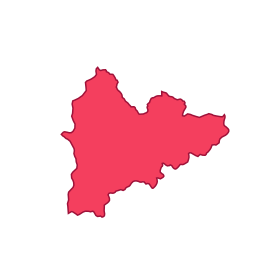 Nabawan / Persiangan, Sabah, Malaysia, rotated 333°
{"feature_id": "92858781B57526539682129", "entity_name": "Nabawan / Persiangan", "entity_type": "district", "adm_level": 2, "iso_a3": "MYS", "parent_name": "Malaysia", "parent_adm1": "Sabah", "projection": "orthographic", "projection_center": [116.509, 4.704], "detail": "fine", "context": "isolated", "style": "filled", "palette": "rose", "viewbox_px": 256, "rotation_deg": 333, "n_neighbors": 0, "source": "geoboundaries", "source_scale": "gbopen_adm2", "svg_char_len": 4008}
<svg xmlns="http://www.w3.org/2000/svg" viewBox="0 0 256 256"><g transform="rotate(333 128 128)"><path d="M36.1,177.0L39.6,176.8L40.4,177.3L41.0,178.1L42.7,181.1L43.4,182.7L44.8,182.9L46.6,182.8L48.3,182.6L50.2,182.5L52.3,182.8L54.1,183.8L55.3,184.5L56.5,185.6L58.9,186.2L59.5,187.3L59.6,189.1L59.7,191.3L60.6,192.9L61.8,193.4L63.6,194.0L64.4,195.6L65.8,195.8L67.1,195.5L68.2,193.9L68.9,191.7L69.2,190.8L71.1,187.5L71.8,186.0L74.0,185.6L75.6,185.4L77.5,184.8L78.7,184.0L79.5,182.3L79.8,180.1L79.9,178.5L81.4,177.6L82.9,177.9L84.5,179.0L85.8,179.5L87.4,179.4L88.6,178.8L90.7,179.2L93.4,179.6L94.4,180.4L95.3,181.4L97.4,181.4L98.5,180.5L100.5,180.2L102.4,180.4L103.6,180.1L106.0,178.7L108.2,178.0L109.8,178.2L111.2,178.8L112.9,180.1L114.0,181.5L115.1,182.2L116.7,182.6L117.9,183.4L118.2,184.7L118.6,186.1L119.9,186.2L121.3,187.1L121.6,188.1L122.0,191.5L122.3,192.7L123.2,193.0L124.9,192.5L126.2,192.0L127.4,191.3L128.7,190.3L129.7,189.1L130.4,187.3L130.8,185.6L131.9,186.0L132.4,186.5L133.8,188.0L135.9,187.9L136.9,187.8L138.0,187.3L138.3,186.4L138.2,185.3L137.6,184.4L136.7,182.1L137.2,180.7L138.8,179.0L140.1,177.9L141.3,177.6L142.0,176.8L142.4,175.1L143.4,175.3L144.2,176.4L145.0,178.4L145.9,179.6L148.0,180.3L148.9,180.0L149.9,181.4L150.1,183.5L150.6,185.0L151.4,186.0L152.7,186.2L154.2,185.8L155.1,185.5L156.7,184.8L157.8,184.2L158.7,184.5L159.9,185.3L160.9,185.6L162.2,185.6L164.0,185.5L165.8,185.3L167.2,183.9L167.8,183.3L169.0,181.8L169.7,180.3L170.3,178.4L171.5,178.0L172.9,178.8L174.0,180.5L175.9,183.4L177.4,185.1L178.6,184.7L180.3,184.3L182.3,186.2L184.4,187.3L185.6,187.0L186.6,186.0L188.0,185.8L189.3,185.3L191.3,184.4L192.9,183.4L194.2,182.2L195.3,181.3L197.6,182.2L198.6,183.1L199.7,183.0L201.2,182.7L201.8,182.7L202.0,182.7L202.9,182.0L203.6,180.7L205.1,179.4L207.7,178.7L208.8,178.7L211.6,178.7L213.5,178.3L215.0,177.6L216.1,176.9L216.9,175.5L216.8,174.1L215.9,171.6L215.0,169.9L214.9,168.7L215.5,167.2L216.5,165.6L217.4,164.5L218.7,163.2L219.4,162.3L219.9,161.1L219.9,159.9L217.6,160.9L216.4,160.4L215.3,159.7L212.3,157.5L209.7,155.4L209.3,154.6L208.6,153.8L207.6,152.9L206.4,151.9L205.2,151.9L203.8,151.7L202.1,151.4L196.4,151.0L193.7,148.5L191.0,145.8L189.9,144.4L188.8,143.5L187.5,142.5L183.6,143.0L182.2,141.8L183.2,140.2L185.4,138.1L187.5,136.8L188.9,135.9L189.5,134.8L189.4,134.2L189.0,132.2L190.2,131.6L190.2,129.7L189.0,128.7L188.7,127.2L187.9,126.1L186.9,125.7L185.3,125.4L184.6,125.1L182.7,122.8L182.1,121.1L181.2,120.0L180.1,119.3L178.9,118.1L178.4,116.1L178.1,114.4L177.0,113.2L175.9,112.3L174.6,110.8L172.7,114.7L170.1,113.3L168.6,112.7L167.3,112.5L165.4,112.6L164.2,112.6L163.6,112.2L162.1,112.2L160.1,113.7L158.7,115.1L157.7,115.2L155.9,115.8L155.8,116.8L155.4,117.7L154.5,118.0L154.2,119.1L154.0,120.9L153.1,122.2L151.5,122.8L150.2,122.6L148.1,122.5L144.2,120.8L143.9,118.9L143.9,117.0L143.3,115.3L143.4,114.0L143.6,113.0L143.0,111.8L140.3,110.5L140.2,109.5L139.6,107.8L139.3,106.0L138.7,104.6L137.9,103.0L137.8,100.2L136.8,98.2L137.3,96.8L137.6,95.6L137.6,94.1L137.3,92.8L137.0,91.3L136.5,90.9L136.0,88.8L136.0,88.3L136.2,87.2L136.1,86.2L137.2,85.2L137.6,84.4L138.7,83.5L139.9,82.7L140.0,80.5L139.2,80.0L139.2,78.8L139.3,77.2L139.1,74.6L138.8,73.3L137.4,72.5L136.2,71.7L135.9,70.0L135.2,69.0L134.3,68.0L134.7,67.1L134.4,65.9L132.0,64.8L129.8,64.4L128.9,63.3L128.7,61.8L128.5,60.2L127.3,60.6L126.6,60.9L125.3,62.7L124.2,66.0L121.7,67.2L117.7,67.7L114.8,67.6L112.6,67.4L110.8,68.1L109.1,72.6L107.8,75.7L102.1,78.4L97.2,79.1L93.4,79.0L91.1,78.8L89.1,81.3L88.0,85.3L85.2,89.9L83.2,91.9L82.6,96.5L82.6,100.4L80.6,104.0L77.6,106.0L75.3,106.4L73.5,105.6L72.0,104.3L69.8,102.6L68.5,102.4L65.7,103.4L66.3,105.5L67.0,106.5L68.0,109.2L69.1,110.5L70.4,113.5L70.6,121.9L69.9,123.9L68.2,126.3L67.7,129.1L67.7,131.7L66.5,134.7L66.0,137.9L64.0,140.8L61.4,141.5L58.7,142.3L56.5,143.6L55.1,147.0L55.2,149.6L54.9,151.8L53.8,154.4L52.1,156.0L47.9,157.5L46.0,158.2L44.6,160.0L43.1,163.6L42.4,165.2L39.7,168.0L38.9,170.4L36.1,177.0Z" fill="#f43f5e" stroke="#9f1239" stroke-width="1.5"/></g></svg>